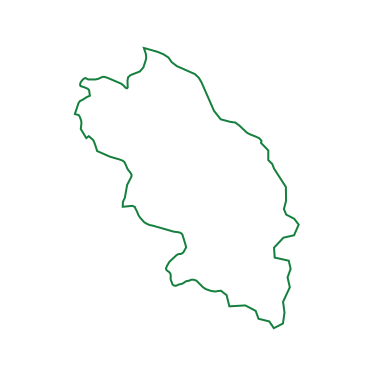 the District of Gasa, rotated 77°
{"feature_id": "BTN-2437", "entity_name": "Gasa", "entity_type": "District", "adm_level": 1, "iso_a3": "BTN", "parent_name": "Bhutan", "parent_adm1": "", "projection": "robinson", "projection_center": [89.927, 28.037], "detail": "fine", "context": "isolated", "style": "outline", "palette": "green", "viewbox_px": 384, "rotation_deg": 77, "n_neighbors": 0, "source": "natural_earth", "source_scale": "10m", "svg_char_len": 2285}
<svg xmlns="http://www.w3.org/2000/svg" viewBox="0 0 384 384"><g transform="rotate(77 192 192)"><path d="M40.9,206.5L41.8,204.7L47.9,193.7L51.5,188.7L55.8,184.6L60.9,182.6L65.9,178.5L77.8,162.6L82.4,159.6L87.2,158.1L117.9,152.3L127.6,147.7L132.2,139.1L134.0,134.3L137.9,130.9L146.5,125.2L148.8,122.6L152.8,116.8L155.0,114.2L157.8,112.8L159.7,113.7L168.7,108.3L178.0,110.5L182.8,107.5L187.7,106.8L208.2,99.4L221.7,102.3L229.3,106.3L235.2,105.3L241.1,98.4L247.8,95.4L257.1,102.3L257.1,113.2L264.7,124.6L274.5,126.2L280.7,113.2L289.1,113.2L296.7,118.1L306.8,118.1L319.5,128.0L330.4,129.0L340.6,133.0L343.1,142.9L335.5,145.8L330.5,155.7L322.1,156.7L314.5,165.6L311.8,181.3L300.2,181.5L298.6,182.9L294.7,186.0L294.1,192.1L292.5,196.0L289.7,200.4L287.3,202.7L279.3,207.7L277.7,210.5L277.3,213.0L277.8,214.7L277.6,217.0L277.8,218.4L278.4,219.8L278.9,221.3L279.2,222.6L279.2,225.6L279.6,227.5L279.7,229.1L279.0,230.7L277.6,231.8L274.9,232.1L273.3,232.4L271.8,232.4L268.2,231.4L266.5,231.5L265.1,232.1L263.5,233.5L262.3,234.4L260.7,234.6L258.5,233.1L255.0,229.8L250.0,221.2L249.5,219.4L249.5,218.6L249.7,217.8L249.9,217.0L249.6,215.6L248.8,213.9L244.5,210.1L240.3,210.3L231.9,210.9L230.7,211.2L229.5,212.1L228.4,213.7L226.5,218.8L215.7,238.3L214.8,240.5L213.1,242.8L210.8,245.3L205.6,248.2L202.8,249.3L197.6,250.2L196.3,250.6L195.1,250.9L194.0,250.9L192.9,252.1L192.1,253.1L190.8,262.8L186.5,261.7L185.4,261.0L182.5,258.7L170.5,253.6L164.3,248.3L162.9,247.3L161.5,247.1L159.7,247.5L156.6,249.0L154.8,249.7L153.1,250.0L151.8,250.2L148.4,250.9L147.1,251.4L145.6,252.9L144.1,255.1L139.2,263.9L130.8,275.2L123.5,275.8L119.3,276.5L114.4,280.0L115.7,282.9L105.6,286.2L100.8,284.5L98.8,284.0L97.1,284.0L94.2,284.3L92.5,284.7L91.5,285.2L89.7,288.6L80.2,282.8L79.2,281.9L78.1,280.5L77.7,278.2L75.9,273.4L75.2,269.8L69.6,269.4L67.9,270.4L67.2,271.4L65.6,273.6L63.8,276.7L62.9,276.9L62.0,276.9L61.2,276.4L60.4,276.0L59.7,275.4L59.1,274.7L58.5,274.0L57.9,273.1L57.5,272.3L56.9,270.3L59.0,267.8L60.5,261.4L60.7,259.0L60.5,257.0L60.1,255.3L59.7,253.0L60.2,251.3L61.5,249.0L70.3,236.9L71.6,235.7L73.0,234.7L74.3,234.0L76.1,232.7L76.3,231.8L75.6,231.1L69.3,229.9L65.9,228.5L64.3,225.7L62.8,215.6L59.6,211.3L52.6,207.1L50.5,206.3L46.9,205.9L40.9,206.5Z" fill="none" stroke="#15803d" stroke-width="2"/></g></svg>